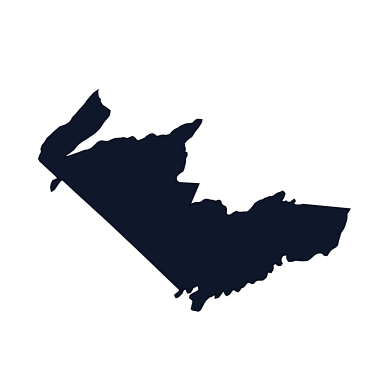 Mocajuba, Pará, Brazil, rotated 43°
{"feature_id": "56859067B75461053821024", "entity_name": "Mocajuba", "entity_type": "district", "adm_level": 2, "iso_a3": "BRA", "parent_name": "Brazil", "parent_adm1": "Pará", "projection": "equal_earth", "projection_center": [-49.463, -2.55], "detail": "fine", "context": "isolated", "style": "filled", "palette": "ink", "viewbox_px": 384, "rotation_deg": 43, "n_neighbors": 0, "source": "geoboundaries", "source_scale": "gbopen_adm2", "svg_char_len": 4256}
<svg xmlns="http://www.w3.org/2000/svg" viewBox="0 0 384 384"><g transform="rotate(43 192 192)"><path d="M239.0,271.6L250.1,271.7L250.6,274.4L250.1,276.5L249.8,279.1L252.3,280.0L253.4,277.7L253.5,275.1L253.5,272.6L252.7,270.7L252.5,268.6L254.0,266.7L256.0,268.0L257.4,268.7L259.2,266.7L258.6,263.6L257.9,261.0L259.1,258.5L259.3,256.3L261.3,256.7L263.8,258.5L263.9,260.8L263.0,263.4L261.9,266.4L261.4,268.9L262.5,270.9L264.9,270.7L266.6,270.4L268.0,272.0L271.3,277.9L272.8,277.8L274.2,276.8L277.9,274.6L278.3,272.4L277.3,268.5L276.2,264.6L275.8,261.4L276.1,257.0L277.3,255.1L277.9,252.9L278.6,251.0L280.0,251.9L281.3,253.6L282.8,251.3L282.9,248.8L282.5,246.3L282.0,243.1L283.6,242.8L285.7,243.8L287.7,244.1L288.6,242.3L288.9,240.3L288.4,237.8L288.3,235.4L290.2,234.2L292.3,234.2L293.7,233.2L293.6,230.9L293.2,228.6L294.2,226.5L294.3,224.5L294.1,222.4L294.1,219.8L295.8,218.5L297.9,218.2L299.1,216.5L299.0,213.8L300.1,211.4L301.6,210.1L303.5,208.2L304.1,205.6L304.1,203.3L303.2,201.6L301.8,199.2L303.0,197.8L304.6,197.0L304.1,194.0L303.0,192.2L300.9,190.5L301.3,187.3L305.1,186.7L306.8,185.1L306.6,182.9L305.0,182.5L303.4,181.3L302.1,179.3L301.6,176.9L302.6,174.9L303.8,173.1L305.2,174.0L306.8,175.8L308.5,176.4L310.2,176.5L312.6,173.9L314.0,171.2L319.1,167.2L322.4,163.9L323.6,161.1L323.9,157.6L324.1,155.0L324.6,152.8L325.5,150.8L326.7,149.4L327.9,148.2L330.1,147.7L331.8,147.9L333.9,146.3L333.3,143.1L332.9,140.5L333.2,138.4L334.4,134.1L334.4,131.6L331.9,127.4L330.8,125.1L328.5,120.5L328.0,118.0L327.6,115.3L326.8,113.1L324.4,108.0L323.4,106.2L322.2,104.7L320.9,103.4L319.8,101.7L319.4,99.2L319.0,96.9L285.0,123.0L281.5,125.7L280.6,127.4L278.6,129.4L276.6,131.0L275.1,131.6L273.6,130.7L273.6,128.3L271.9,127.8L271.4,129.8L271.4,132.0L270.2,133.6L268.6,134.5L267.1,134.5L266.1,136.7L264.4,137.6L262.8,136.6L263.0,134.6L262.1,132.3L261.1,130.0L259.5,129.5L257.6,129.9L257.0,132.1L255.7,134.2L254.9,137.0L254.6,139.2L253.8,141.0L251.9,142.8L250.9,145.4L249.7,147.1L249.3,149.4L247.9,151.3L246.8,154.2L246.1,157.6L246.6,161.3L246.7,164.0L246.7,166.9L246.1,169.2L244.3,170.8L242.7,172.6L241.5,174.1L239.6,175.4L237.9,175.8L236.9,178.0L235.9,183.0L234.4,184.4L232.7,184.9L231.1,184.0L229.8,182.4L228.3,180.8L226.5,180.1L224.6,180.7L222.6,181.0L221.0,180.5L219.4,179.3L217.8,179.5L215.4,183.1L213.2,183.9L211.3,185.5L209.6,186.3L207.7,187.5L206.3,189.6L205.9,192.3L205.2,194.3L201.8,197.6L200.9,199.7L199.7,201.7L199.7,204.3L191.4,181.5L176.4,194.0L173.0,194.4L171.3,193.3L169.7,190.7L170.0,186.4L170.9,183.0L169.8,180.2L167.4,175.9L166.2,174.1L164.1,172.1L163.4,168.9L161.6,167.0L159.5,168.0L157.8,165.4L154.6,163.3L152.9,161.8L152.7,159.1L152.8,157.0L153.2,154.0L153.8,151.6L152.7,146.0L152.3,140.3L151.7,136.9L151.1,134.4L149.9,132.6L147.3,134.6L146.1,136.1L145.7,138.7L145.7,141.3L144.0,143.6L142.1,145.5L141.1,147.0L139.0,151.5L138.4,154.7L137.1,157.9L136.6,161.3L136.7,165.1L134.6,168.6L133.0,169.5L131.1,171.5L129.7,173.9L128.2,175.7L126.0,175.7L123.5,176.5L122.2,178.4L121.1,182.0L121.1,184.5L119.6,187.9L117.9,191.5L116.2,192.1L113.9,191.7L110.9,192.0L109.6,194.5L108.8,196.8L106.9,198.1L104.9,199.1L103.4,201.3L99.7,205.2L98.7,206.8L97.7,208.9L97.1,210.8L96.2,212.5L94.2,214.4L91.0,216.5L89.4,219.8L89.3,224.0L89.0,227.7L88.2,230.5L87.0,233.1L85.7,234.2L84.2,237.1L81.9,241.8L76.6,251.6L75.5,253.7L74.6,250.5L75.2,248.2L75.7,246.1L76.0,244.0L76.4,242.0L76.3,239.2L76.0,237.1L76.1,234.3L76.5,232.0L77.0,229.5L77.5,227.5L78.3,225.0L79.3,220.1L80.0,217.8L80.4,215.1L80.8,210.7L80.7,207.8L80.2,204.6L79.5,200.7L79.3,194.2L78.9,192.2L76.6,188.5L71.9,189.0L68.2,189.7L66.4,189.7L62.9,188.6L61.6,186.8L58.9,186.8L55.4,184.1L53.8,182.0L52.8,187.3L53.2,197.0L53.8,200.1L53.9,205.3L53.9,208.4L54.2,214.1L54.1,219.1L54.8,221.2L55.2,224.7L53.9,229.4L52.6,231.7L51.1,234.7L50.9,237.0L50.3,241.4L50.2,245.4L49.6,251.4L50.1,253.5L50.7,257.1L50.9,260.0L52.4,263.5L54.1,264.5L55.1,266.1L55.6,268.3L57.2,272.1L59.7,273.0L79.1,272.9L81.0,272.9L85.1,273.2L84.3,274.9L83.5,276.7L82.7,278.4L83.2,280.7L84.2,282.7L85.6,284.9L87.3,286.1L88.6,287.1L89.4,284.2L89.1,281.7L88.6,278.8L87.9,273.1L89.0,271.2L108.1,271.2L123.6,271.0L135.3,270.9L148.7,270.7L176.7,270.9L187.4,270.9L212.0,271.2L223.5,271.4L239.0,271.6Z" fill="#0f172a" stroke="#020617" stroke-width="1.5"/></g></svg>